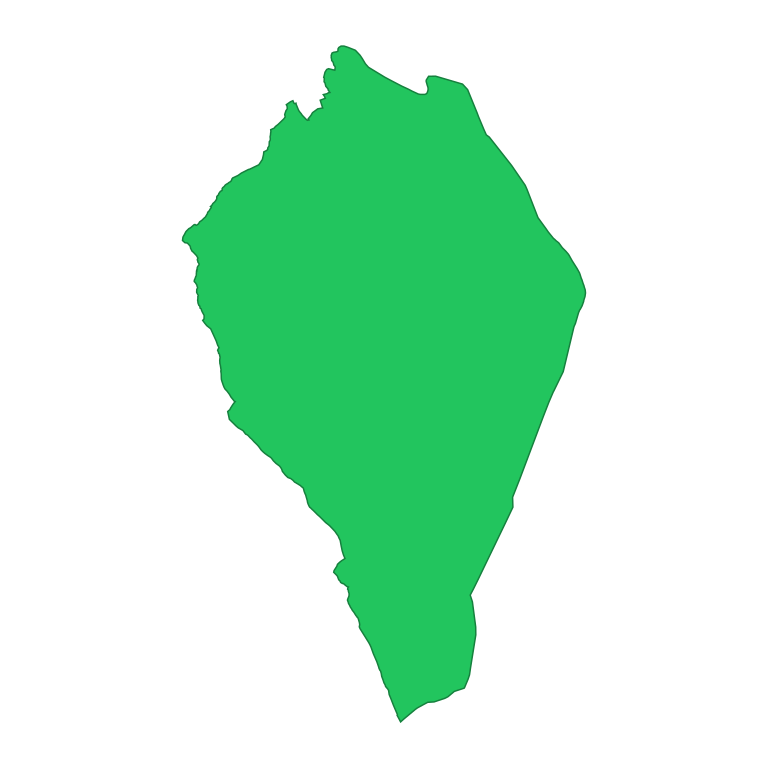 the district of Skiptvet nor, Østfold, Norway
{"feature_id": "86288312B781121604536", "entity_name": "Skiptvet nor", "entity_type": "district", "adm_level": 2, "iso_a3": "NOR", "parent_name": "Norway", "parent_adm1": "Østfold", "projection": "albers", "projection_center": [11.103, 59.471], "detail": "fine", "context": "isolated", "style": "filled", "palette": "green", "viewbox_px": 768, "rotation_deg": 0, "n_neighbors": 0, "source": "geoboundaries", "source_scale": "gbopen_adm2", "svg_char_len": 6046}
<svg xmlns="http://www.w3.org/2000/svg" viewBox="0 0 768 768"><path d="M359.3,626.9L360.2,628.9L368.7,642.5L369.9,644.7L371.0,647.1L373.4,653.8L376.8,661.6L378.6,666.8L379.0,668.3L379.8,670.1L380.6,671.1L381.3,673.7L381.7,676.3L383.0,679.8L384.0,682.9L385.1,684.8L385.6,686.5L387.9,689.2L388.6,690.5L389.2,694.6L390.8,698.4L393.5,705.4L397.4,714.5L397.1,715.3L399.1,719.0L400.6,721.9L404.2,718.7L415.2,709.5L417.4,707.9L423.4,704.6L427.7,702.3L434.1,701.9L445.1,698.2L448.0,696.7L454.3,691.4L464.1,688.2L464.5,687.7L468.1,679.1L469.5,674.9L470.6,667.3L475.8,634.9L475.7,627.0L472.4,601.8L470.2,595.1L473.4,589.0L478.1,579.5L505.9,521.9L512.9,507.2L512.6,497.2L520.0,478.4L543.6,415.7L548.9,402.1L553.4,391.6L553.7,391.2L563.2,371.7L574.0,326.6L575.4,323.5L578.6,312.5L579.9,309.6L580.3,309.2L582.1,305.8L583.6,301.6L583.9,299.9L584.6,297.8L585.0,296.5L585.5,293.0L585.3,290.8L585.1,289.5L584.9,288.9L584.3,287.2L583.9,285.5L583.2,283.8L581.9,279.7L581.2,278.1L580.2,274.9L579.5,272.9L577.0,268.4L572.1,260.7L569.1,255.3L568.3,254.1L565.8,251.2L562.3,247.7L558.7,242.8L556.1,240.8L554.3,239.0L553.7,238.7L548.2,231.9L546.0,228.7L538.0,217.7L527.0,189.4L525.2,185.3L511.7,165.6L489.3,137.1L486.3,134.9L483.8,129.3L478.4,116.4L477.2,113.1L467.6,89.6L462.5,84.1L435.6,76.2L428.6,76.3L426.3,80.0L426.2,80.4L426.2,81.6L426.4,82.3L426.8,83.6L427.1,84.8L428.0,87.5L428.1,88.8L428.0,90.3L427.3,92.4L427.0,93.1L425.8,94.1L424.7,94.4L420.5,94.4L418.5,94.1L412.2,91.2L408.2,89.1L401.9,86.2L390.4,80.2L384.8,77.2L368.5,67.3L365.4,63.8L362.3,58.6L360.0,55.2L355.5,50.4L355.0,50.1L347.6,47.2L344.1,46.1L341.0,46.1L338.8,47.5L338.0,48.9L338.0,51.0L336.7,51.8L333.6,52.3L332.3,52.9L332.0,53.1L331.9,53.5L331.6,54.3L331.3,55.1L331.2,55.4L331.3,56.5L331.2,57.5L331.6,59.2L331.7,60.5L332.0,60.9L332.5,61.4L333.1,62.3L333.5,63.5L333.6,64.3L334.0,65.4L334.8,66.2L335.1,66.8L335.2,67.5L334.8,70.2L328.5,68.7L326.7,69.5L325.0,72.2L323.7,77.5L324.3,78.1L324.1,81.8L325.0,83.0L325.8,86.3L328.1,89.0L328.1,89.9L329.9,92.5L328.3,92.8L327.0,93.7L323.3,94.6L324.4,96.2L325.3,98.3L320.2,100.2L322.7,108.0L317.8,108.8L312.5,112.7L310.9,115.5L308.2,118.8L308.9,120.0L307.4,120.3L307.1,120.0L306.5,119.7L302.2,115.2L301.2,113.7L299.3,111.4L298.4,109.8L296.1,104.2L296.0,103.2L294.6,103.6L293.9,103.1L292.9,100.7L290.4,101.8L286.3,104.7L287.1,106.2L287.3,108.7L285.9,110.8L284.7,114.5L285.2,117.0L283.8,118.9L277.9,124.6L275.4,126.5L274.2,128.1L270.7,129.7L270.9,131.4L270.6,133.3L270.5,134.9L270.1,136.8L270.3,138.8L270.2,140.3L269.3,141.6L269.1,145.8L267.7,148.1L267.8,149.3L266.6,150.5L263.8,151.9L263.5,154.7L262.3,159.7L261.5,160.7L261.0,161.6L258.8,164.8L249.0,169.5L248.6,169.4L241.3,173.1L238.1,175.4L233.7,177.5L232.9,177.8L232.0,178.8L232.0,179.0L231.2,180.9L229.9,182.0L228.6,182.7L227.6,183.7L226.7,184.0L225.2,185.1L224.2,186.5L222.8,187.6L222.2,188.5L222.1,189.0L222.2,189.9L222.0,190.5L220.4,191.3L218.8,193.6L218.4,195.0L217.5,195.6L216.8,196.7L216.7,197.0L216.8,198.3L216.7,198.8L216.3,199.7L215.5,200.9L214.7,201.9L212.9,203.5L211.7,205.5L210.5,206.5L211.3,207.1L211.2,207.6L210.0,209.3L209.3,210.7L208.1,211.8L207.6,212.7L207.3,213.9L206.5,215.1L205.4,217.0L204.0,218.2L202.0,220.2L199.6,221.9L198.6,223.7L198.2,224.1L196.6,225.2L196.2,225.3L195.0,224.5L194.1,224.7L190.5,227.8L188.9,228.6L186.4,231.1L185.7,232.0L184.6,234.2L183.2,236.6L182.9,237.5L182.5,240.5L184.9,242.7L187.0,243.0L187.5,243.2L189.9,245.8L190.3,246.7L190.6,248.3L192.0,251.1L193.2,252.1L196.6,255.7L197.3,257.0L197.9,257.9L197.9,258.3L197.4,259.2L197.3,260.0L197.6,260.2L197.8,260.6L197.8,260.9L197.9,261.3L197.8,261.7L197.8,261.9L198.9,263.5L199.1,264.0L199.1,264.4L198.9,264.9L198.2,265.8L197.5,266.9L197.2,267.9L197.2,268.6L196.9,269.5L197.2,269.8L196.6,270.4L196.9,271.2L196.8,271.3L196.5,271.5L196.4,271.8L196.5,272.6L196.3,273.2L196.4,273.8L196.2,275.8L195.6,276.9L195.1,278.5L194.4,280.0L194.2,281.2L194.3,281.6L195.4,282.7L196.6,284.6L196.9,285.2L197.0,286.0L197.6,287.5L197.5,288.1L196.8,289.3L196.7,289.9L196.7,291.3L196.6,291.9L196.7,292.5L198.3,295.6L198.2,296.0L197.8,296.7L197.9,298.0L197.8,299.0L197.6,300.2L197.8,301.0L198.0,303.0L198.4,304.1L198.9,305.4L199.7,306.0L200.2,308.3L201.2,308.8L201.5,310.2L202.2,311.8L204.1,315.4L204.2,315.9L204.1,316.3L204.1,316.8L204.0,319.0L202.7,320.4L204.9,323.4L206.8,325.7L210.7,328.8L216.2,340.9L217.7,345.3L218.0,345.7L219.0,347.8L218.7,348.1L217.6,350.2L218.6,352.7L218.6,353.3L219.2,353.8L219.5,354.4L219.7,355.7L220.1,357.2L219.7,360.4L219.8,361.9L219.9,363.5L220.3,365.1L220.9,368.9L221.1,370.1L220.8,370.9L221.2,373.8L221.3,377.8L221.4,379.4L221.8,380.9L223.1,384.8L224.0,387.1L225.0,389.0L227.1,391.2L229.4,394.3L231.0,397.1L233.3,399.9L234.5,401.5L235.1,401.6L233.0,404.3L230.7,407.9L229.8,409.7L227.7,411.5L229.4,419.4L236.0,425.9L238.2,427.8L243.0,430.6L245.6,434.1L246.8,434.6L247.9,435.3L250.4,438.0L251.5,438.9L254.3,442.0L256.9,444.5L258.1,445.8L259.2,447.2L261.1,449.9L262.8,451.6L264.7,453.3L267.7,455.5L270.2,457.1L271.4,458.1L273.3,460.7L276.0,463.4L279.5,466.0L280.7,467.5L281.7,469.2L282.4,471.4L285.4,475.1L287.9,477.5L290.8,478.6L293.0,480.3L294.5,482.0L300.5,485.6L301.5,486.7L302.9,487.6L303.5,488.7L304.2,491.5L305.1,493.8L305.7,495.0L306.2,496.9L307.3,500.7L307.5,502.2L308.1,504.0L309.0,506.0L309.7,507.2L310.6,507.9L312.2,509.5L313.0,510.2L317.5,514.7L319.7,516.6L325.7,522.6L328.3,524.6L329.9,526.0L334.9,531.3L337.1,534.5L338.0,535.6L339.0,538.0L340.2,540.4L341.2,546.0L342.2,550.8L343.5,555.0L345.0,558.5L341.5,560.8L339.7,562.2L337.5,564.3L336.8,566.3L334.1,570.5L333.7,572.3L336.9,575.5L337.5,576.4L338.7,579.7L340.3,581.4L340.6,582.4L342.4,583.5L342.7,583.4L343.7,583.8L345.3,585.2L347.1,586.6L348.4,587.0L347.8,588.1L347.6,589.2L348.2,589.9L348.5,591.8L349.2,593.9L349.0,595.0L349.0,596.0L347.9,598.7L347.5,599.9L347.5,600.3L348.2,602.1L348.4,603.1L348.6,603.6L349.5,605.1L350.5,607.3L351.5,608.7L352.4,610.4L353.8,612.1L354.5,613.2L355.2,614.4L356.3,616.0L356.8,616.4L356.9,616.9L357.9,617.9L358.2,618.5L359.4,622.6L359.7,624.7L359.3,626.9Z" fill="#22c55e" stroke="#15803d" stroke-width="1.5"/></svg>